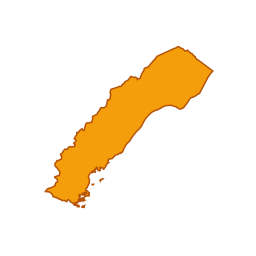 the district of Pesisir Selatan, Sumatera Barat, Indonesia, rotated 252°
{"feature_id": "22746128B35993392452682", "entity_name": "Pesisir Selatan", "entity_type": "district", "adm_level": 2, "iso_a3": "IDN", "parent_name": "Indonesia", "parent_adm1": "Sumatera Barat", "projection": "orthographic", "projection_center": [100.561, -1.718], "detail": "fine", "context": "isolated", "style": "filled", "palette": "amber", "viewbox_px": 256, "rotation_deg": 252, "n_neighbors": 0, "source": "geoboundaries", "source_scale": "gbopen_adm2", "svg_char_len": 5502}
<svg xmlns="http://www.w3.org/2000/svg" viewBox="0 0 256 256"><g transform="rotate(252 128 128)"><path d="M189.4,196.8L187.2,177.7L185.3,175.2L184.5,173.5L179.7,165.7L179.9,164.1L179.6,162.1L179.2,161.6L177.9,161.0L176.6,159.3L174.2,156.9L173.5,156.3L171.8,155.2L171.4,154.7L171.7,153.0L171.3,151.9L172.0,152.1L172.6,152.0L174.1,150.8L174.4,148.9L175.9,147.1L176.1,146.5L175.7,145.8L175.2,145.3L173.5,142.8L172.8,139.1L172.6,138.8L171.4,138.0L171.4,136.9L171.2,136.0L170.6,135.6L169.6,134.0L170.3,132.9L170.0,131.4L170.0,123.8L168.6,122.6L167.0,121.9L165.3,121.9L163.2,120.8L161.8,120.4L161.3,120.0L160.8,118.2L161.1,117.3L156.7,114.8L155.3,113.5L154.9,112.6L154.8,111.3L155.0,110.3L155.5,109.3L155.6,108.3L155.1,108.0L155.0,107.5L154.2,107.1L154.1,106.6L153.3,106.1L151.9,103.8L150.8,103.1L150.5,102.2L150.4,100.4L149.9,99.1L150.1,98.1L149.5,97.6L147.6,97.3L145.6,95.7L144.5,95.0L144.5,94.7L145.2,93.2L144.9,91.8L145.5,90.9L145.5,89.9L144.5,88.8L140.1,86.1L139.3,85.3L139.3,85.1L139.8,84.4L140.9,84.3L141.5,83.9L140.8,81.7L139.1,79.3L139.1,78.9L139.6,78.4L139.6,77.9L139.2,77.7L138.1,77.7L137.6,77.2L136.9,76.5L136.5,75.5L135.6,75.0L134.8,73.7L134.1,73.6L133.2,74.6L132.5,74.8L132.0,74.7L130.9,73.6L130.8,72.3L129.8,71.6L129.0,72.6L127.5,71.8L127.3,71.9L127.0,71.5L126.9,70.8L127.4,69.5L127.3,68.3L128.2,67.5L128.3,66.3L127.8,65.1L126.8,64.1L126.7,63.8L126.8,62.7L127.4,61.7L126.0,59.1L125.6,58.9L125.1,58.5L124.1,57.2L124.3,56.6L124.2,56.2L123.5,55.7L122.9,55.6L122.5,55.7L121.4,56.3L120.7,56.0L120.0,55.4L119.0,55.1L118.8,52.6L118.4,51.6L118.9,51.0L119.0,50.5L117.4,48.7L116.9,47.7L114.4,46.9L113.4,47.3L112.5,48.0L107.8,49.5L107.2,49.4L106.2,49.4L104.6,48.2L104.1,47.6L104.4,45.9L104.0,44.9L104.2,44.2L104.3,43.4L104.0,43.1L103.8,43.0L102.6,43.7L101.9,44.4L101.0,44.8L99.5,44.7L98.6,44.2L98.3,42.5L97.8,42.3L97.0,41.3L96.1,41.2L95.8,40.9L95.7,39.8L95.3,39.3L95.3,38.3L95.0,36.5L94.9,35.5L95.1,35.2L94.9,34.4L95.2,33.6L94.3,31.4L93.6,30.9L93.4,29.9L93.1,29.7L92.1,32.2L91.0,34.0L87.5,35.8L86.6,35.4L85.7,35.7L84.7,37.2L83.8,38.2L83.9,38.7L83.7,39.0L83.0,39.3L82.3,40.1L81.6,40.6L80.5,42.2L79.4,42.8L78.8,45.0L78.3,45.7L77.2,46.3L77.0,47.1L77.0,47.3L77.4,47.4L78.2,48.1L78.2,49.2L76.1,50.4L75.0,50.8L73.8,52.3L71.4,53.1L70.6,54.2L70.5,55.3L69.7,56.0L71.4,55.0L71.7,55.4L71.7,55.0L72.0,54.6L72.9,54.0L73.2,54.3L73.3,55.1L73.5,55.4L72.9,56.3L73.3,57.6L72.9,58.0L73.0,58.3L73.5,58.3L73.7,58.9L74.8,58.3L75.1,58.6L74.8,58.8L75.2,58.6L75.5,58.7L75.7,59.2L75.3,59.4L75.3,59.8L75.7,60.3L76.7,60.6L76.9,60.9L77.6,60.9L77.7,61.2L78.0,61.1L78.2,60.5L79.2,60.6L79.4,61.1L79.6,61.2L78.9,62.0L79.1,62.8L78.9,63.2L79.2,64.0L78.6,64.0L78.2,64.3L78.4,64.5L79.1,64.6L78.9,64.9L79.0,65.0L80.0,65.0L79.4,66.2L79.6,66.6L80.0,66.8L79.6,67.1L79.5,67.6L79.7,68.2L79.1,68.4L78.6,68.2L78.0,66.7L77.9,66.0L77.2,66.0L76.9,65.7L76.4,65.8L76.0,66.3L76.0,67.7L76.3,68.4L75.7,69.3L75.6,70.2L76.5,70.2L77.1,70.6L77.3,70.2L77.8,69.9L78.2,70.3L78.2,70.9L78.4,71.1L79.3,70.4L80.6,70.0L80.9,69.7L81.0,69.1L81.5,68.6L82.5,68.7L83.2,69.3L83.9,70.7L86.3,72.7L87.1,73.9L90.8,75.4L93.3,75.2L94.0,75.3L95.1,76.1L97.2,78.8L97.2,79.3L97.0,79.7L96.6,79.8L96.7,80.7L97.3,80.4L97.6,80.4L97.8,80.7L98.1,81.5L97.3,82.7L96.8,82.3L96.5,82.4L96.5,82.9L96.2,83.3L96.6,83.7L98.1,82.9L98.5,83.0L98.7,83.4L98.7,84.5L99.2,84.4L99.6,84.6L99.7,85.6L100.3,85.9L100.4,86.2L100.1,86.5L99.2,86.2L97.9,86.2L96.7,86.7L96.3,87.5L96.0,87.8L96.3,88.6L97.3,88.4L97.9,89.2L98.9,89.0L99.3,89.6L99.2,89.9L98.5,90.3L97.9,91.1L97.7,91.7L97.2,92.0L96.6,91.8L96.3,92.2L97.6,93.8L98.1,94.7L98.4,94.8L100.1,96.7L100.9,98.1L101.0,98.9L101.3,98.6L101.7,98.5L102.6,98.9L103.0,99.2L103.4,99.0L104.3,100.0L104.4,101.1L104.0,101.4L104.1,101.8L103.8,103.4L106.0,107.5L106.1,109.5L105.9,110.6L106.5,111.6L106.6,112.3L106.6,112.9L106.4,113.2L106.1,113.5L107.0,114.9L107.0,115.6L110.0,118.0L112.8,121.2L114.1,123.4L115.2,125.7L118.0,129.0L121.2,133.6L123.0,136.9L123.3,137.9L125.5,141.2L128.7,144.4L131.2,147.3L132.6,149.4L135.0,153.9L135.8,156.2L136.1,158.7L136.4,159.8L136.5,160.4L136.0,161.4L136.6,163.5L136.5,164.3L137.4,167.6L137.6,169.9L137.4,171.6L136.5,175.1L135.7,177.0L133.2,180.3L131.1,181.9L130.3,182.7L129.9,183.6L129.8,184.9L130.0,186.3L130.4,187.5L133.5,192.0L136.2,195.2L136.9,196.2L137.3,197.6L137.4,199.5L137.2,199.8L137.4,201.0L138.1,203.6L138.6,204.7L138.6,206.1L139.0,206.9L151.6,219.8L154.2,223.2L155.9,226.3L170.0,216.4L171.4,215.4L172.0,214.6L172.8,214.5L173.1,214.2L173.6,213.9L175.0,214.0L175.8,213.1L176.8,213.0L177.6,212.1L179.0,211.9L179.6,211.0L182.2,209.4L182.7,208.8L183.6,208.8L183.5,206.5L183.7,205.9L186.3,204.7L187.5,203.2L189.6,201.3L189.9,200.3L189.3,198.2L189.4,196.8ZM74.2,60.1L74.6,59.4L74.0,59.6L73.5,59.5L73.0,59.9L73.2,61.2L73.0,61.9L72.5,62.4L72.5,63.0L72.4,63.4L72.5,64.0L72.8,64.2L72.8,64.6L73.6,64.0L73.9,64.2L74.3,64.1L74.5,64.4L75.1,64.8L75.7,63.7L75.4,62.9L75.6,62.1L75.2,61.6L75.2,61.3L74.8,61.1L74.6,61.2L74.5,61.4L74.8,61.5L74.1,62.4L73.7,62.1L73.7,62.3L73.5,62.1L73.9,61.7L74.1,60.9L74.3,60.6L74.2,60.1ZM67.8,59.6L67.0,59.7L66.4,60.7L66.1,61.7L66.2,61.9L66.4,61.8L67.1,62.1L67.6,62.6L67.5,61.6L67.8,60.8L67.5,60.5L67.4,60.0L67.6,59.7L67.8,59.6ZM87.4,86.0L86.7,85.1L86.2,85.2L86.8,85.6L87.0,86.2L86.8,86.2L86.9,86.7L87.3,86.7L87.4,86.0ZM85.1,77.9L85.5,76.7L85.2,76.4L84.8,76.8L84.9,77.7L85.1,77.9ZM69.7,57.3L70.0,56.9L69.7,56.7L69.7,56.1L68.8,57.3L69.7,57.3ZM68.8,56.2L69.2,55.5L68.9,55.4L68.5,56.3L68.8,56.2ZM87.5,87.7L87.3,87.7L87.2,87.9L87.4,88.5L87.6,88.2L87.5,87.7Z" fill="#f59e0b" stroke="#b45309" stroke-width="1.5"/></g></svg>